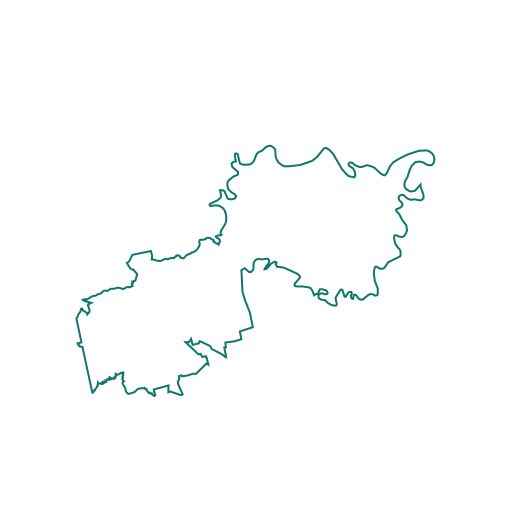 the district of Jáltipan, Veracruz, Mexico, rotated 249°
{"feature_id": "50627088B42259130127478", "entity_name": "Jáltipan", "entity_type": "district", "adm_level": 2, "iso_a3": "MEX", "parent_name": "Mexico", "parent_adm1": "Veracruz", "projection": "albers", "projection_center": [-94.718, 17.862], "detail": "fine", "context": "isolated", "style": "outline", "palette": "teal", "viewbox_px": 512, "rotation_deg": 249, "n_neighbors": 0, "source": "geoboundaries", "source_scale": "gbopen_adm2", "svg_char_len": 6071}
<svg xmlns="http://www.w3.org/2000/svg" viewBox="0 0 512 512"><g transform="rotate(249 256 256)"><path d="M301.4,141.0L297.4,136.8L296.3,135.1L295.7,132.9L289.4,134.2L287.7,135.5L287.5,136.5L281.6,138.6L276.2,134.5L276.5,132.9L276.2,132.1L275.3,131.6L275.8,131.2L274.6,131.1L274.5,130.0L272.2,130.0L272.1,126.9L272.5,125.8L273.0,125.6L273.2,124.0L272.7,120.4L275.9,115.9L276.4,111.5L277.5,108.3L276.6,105.0L278.0,102.3L278.0,101.2L276.6,97.2L277.0,94.6L276.4,92.1L277.1,88.9L276.1,82.7L277.2,79.7L277.1,78.6L275.6,79.6L271.3,85.5L271.1,82.3L270.4,82.2L270.4,81.4L264.8,81.2L263.5,80.4L261.9,77.6L263.6,77.7L267.5,74.7L269.2,74.9L269.5,73.9L267.0,72.1L264.8,68.8L262.7,67.2L261.9,65.9L237.9,62.1L238.5,57.2L237.8,58.5L236.8,58.8L235.9,58.4L234.5,59.2L233.7,61.3L234.0,61.5L187.0,54.2L186.8,54.7L187.6,55.7L188.2,55.5L188.2,57.2L188.8,57.2L190.1,59.8L191.3,60.8L191.2,61.4L194.3,62.9L193.3,63.0L192.7,65.8L193.1,67.0L192.7,66.7L192.0,67.3L191.7,66.6L191.5,67.0L192.5,69.0L192.0,69.4L192.8,70.2L192.4,71.1L193.8,71.0L193.4,72.0L194.3,72.9L194.2,73.6L193.2,74.4L195.4,75.9L194.3,76.7L193.2,75.4L192.7,77.0L193.3,77.8L193.0,78.7L192.7,79.2L191.4,79.3L192.1,79.5L192.4,80.6L193.5,80.4L193.6,81.9L194.5,82.0L194.9,83.1L195.6,82.5L196.3,82.8L194.8,84.0L194.8,86.6L195.4,87.7L194.5,89.5L195.0,90.2L194.7,90.5L193.2,89.0L192.4,89.4L190.8,87.9L190.0,88.2L188.7,86.9L186.7,87.7L187.0,86.4L186.4,87.2L185.4,86.0L184.4,85.8L179.6,86.6L176.2,86.0L173.3,87.1L172.8,88.1L172.5,93.8L174.2,97.9L173.6,102.1L172.4,104.1L172.8,104.6L171.6,105.2L170.8,106.3L169.8,105.7L167.7,106.4L166.8,107.5L166.6,107.1L166.1,107.4L166.1,108.5L165.9,108.0L165.1,109.4L164.9,109.0L164.2,109.2L161.6,111.0L162.1,112.0L168.0,112.7L166.5,127.9L160.2,125.3L160.1,127.6L153.0,136.0L153.1,137.9L164.5,137.4L166.9,138.1L168.1,140.0L171.4,141.1L171.3,143.7L170.3,143.8L169.5,146.8L168.8,150.7L168.8,154.4L167.5,157.8L173.3,171.0L171.6,172.5L178.3,173.5L178.8,173.0L180.5,173.3L181.0,169.6L184.4,169.3L184.8,167.0L200.8,159.4L199.6,162.6L201.9,165.7L195.8,165.0L194.9,171.2L196.7,173.0L188.5,180.8L184.8,181.5L176.6,188.9L172.1,191.6L172.1,191.9L181.9,193.6L181.5,195.1L186.2,196.4L184.1,205.1L183.5,212.5L191.4,213.9L190.7,227.5L205.5,230.0L219.0,229.9L227.6,230.6L248.0,237.3L248.7,241.0L243.5,243.8L242.8,245.6L244.4,248.7L250.9,251.6L252.5,254.5L252.5,256.7L250.6,260.7L249.7,265.0L248.8,266.3L247.5,266.7L246.4,266.5L244.6,265.1L241.3,259.7L240.5,259.2L240.3,261.4L243.7,267.9L243.9,271.8L242.5,272.8L241.3,271.5L238.5,271.7L235.1,277.9L224.8,288.0L222.7,289.3L220.7,289.6L219.7,288.7L216.4,282.5L215.2,281.6L214.1,281.5L212.8,283.5L210.9,288.5L207.7,294.1L206.5,295.4L204.2,296.1L198.4,296.2L199.0,298.1L198.4,300.0L202.0,303.5L201.4,305.7L199.1,308.8L197.5,309.7L195.8,309.7L195.1,308.6L195.4,306.9L197.2,304.8L197.8,303.3L197.7,301.6L197.2,300.3L194.3,299.4L192.0,301.1L189.9,304.7L186.6,306.1L183.2,308.9L181.6,311.4L181.1,312.7L181.4,313.7L182.7,314.4L187.2,314.9L188.8,315.6L194.2,322.8L194.0,324.0L192.9,324.6L186.8,324.1L185.9,324.5L185.9,325.4L188.5,328.5L188.8,329.7L188.7,331.5L188.3,332.1L186.6,332.0L184.9,330.4L183.7,330.0L182.2,330.0L181.5,330.6L181.2,331.2L184.4,333.2L184.6,334.2L183.9,335.2L178.7,336.9L177.3,339.0L177.2,340.3L179.3,346.7L179.5,349.2L178.4,351.3L176.3,353.0L176.0,354.9L176.4,355.8L181.8,358.0L190.0,358.0L196.2,359.4L200.1,361.0L202.8,362.9L203.2,364.1L202.9,364.8L199.8,367.1L199.2,368.1L198.7,370.3L199.2,372.2L202.8,377.1L204.0,390.2L204.7,391.2L208.6,392.6L211.3,392.4L213.2,391.4L218.3,390.4L223.3,391.3L225.5,392.6L225.2,394.2L222.3,397.2L221.3,399.6L221.6,401.6L223.4,404.1L225.9,406.2L230.7,407.3L237.9,405.3L243.4,404.8L247.3,403.3L248.6,403.2L249.3,403.8L249.4,408.2L250.7,410.8L252.8,411.4L257.3,409.6L259.4,410.1L260.7,411.4L260.9,414.2L260.1,415.4L255.3,418.0L252.9,420.8L252.1,424.4L249.1,429.1L249.0,431.0L250.0,433.2L253.0,434.2L262.2,434.6L263.7,435.1L260.0,428.1L260.3,425.4L261.1,423.0L262.0,422.1L264.9,420.0L266.7,419.6L268.4,419.7L270.5,420.6L272.5,422.1L275.6,425.8L281.4,430.5L284.3,433.5L286.2,437.6L286.4,439.4L285.3,443.1L283.2,445.8L279.8,448.4L277.9,452.0L278.4,454.0L280.1,456.0L282.7,457.3L285.3,457.8L287.7,457.5L289.9,456.5L292.4,454.6L293.4,453.1L295.8,445.9L296.4,435.5L296.2,430.3L295.2,422.4L294.1,417.2L291.7,413.2L286.0,407.2L285.2,405.3L285.6,404.2L288.1,402.1L295.5,398.4L297.3,397.0L301.0,392.3L301.2,386.3L302.3,384.2L305.5,380.7L307.8,379.8L309.5,378.0L309.6,376.9L308.8,375.3L306.8,375.2L303.1,378.0L299.0,378.5L295.3,377.5L294.3,375.6L297.5,371.0L300.6,369.5L306.7,367.3L323.3,364.7L328.4,362.8L331.7,360.2L332.2,358.3L327.0,349.2L325.9,346.7L324.7,342.2L325.1,329.9L327.7,319.7L329.4,315.0L330.8,313.3L335.2,310.5L338.3,309.9L341.8,310.0L348.9,312.1L351.9,310.7L353.9,308.7L354.3,305.6L354.0,303.8L351.9,298.8L352.2,296.5L351.8,294.8L350.7,292.9L345.2,287.8L343.9,284.7L343.8,282.4L345.8,276.7L348.2,274.1L357.7,275.4L358.7,274.6L359.0,273.6L358.6,272.8L357.3,272.2L351.4,271.1L352.0,268.6L351.0,266.2L347.6,265.8L340.8,269.4L338.8,268.4L338.2,267.7L338.3,263.8L336.8,258.7L335.6,256.3L332.4,254.6L328.7,254.0L324.9,255.5L321.5,258.1L319.1,259.0L317.3,257.2L317.5,253.9L318.9,250.9L320.1,250.1L327.7,249.8L329.2,248.7L330.3,246.0L325.0,245.1L322.9,243.5L321.8,240.1L321.1,231.5L320.3,230.9L319.3,231.1L318.8,232.0L317.7,236.8L315.8,240.0L312.5,242.3L310.3,243.0L306.7,243.0L302.6,242.1L298.6,240.2L297.0,238.8L292.0,232.3L290.0,231.1L288.2,231.5L288.0,230.6L288.8,228.0L288.7,225.4L287.9,225.4L285.0,227.7L283.9,227.8L282.8,227.7L280.0,225.2L281.5,224.5L281.8,223.4L283.2,222.8L284.5,221.5L285.2,222.1L286.4,222.0L286.7,221.2L289.2,219.5L290.4,217.3L290.5,216.3L289.7,214.9L290.2,213.4L290.0,212.5L291.1,210.0L291.0,209.1L289.9,208.2L287.2,207.7L285.5,206.6L282.8,202.7L282.0,199.1L282.4,197.5L281.6,195.6L282.1,193.8L281.7,193.3L281.5,190.8L280.2,188.6L279.9,187.0L281.7,184.8L282.9,185.0L284.6,183.5L284.9,181.9L284.4,181.6L284.3,180.2L283.4,178.7L284.6,176.5L284.6,172.2L285.9,170.7L285.5,165.2L286.8,162.3L289.6,158.8L290.1,157.4L293.7,159.2L298.3,159.6L301.4,141.0Z" fill="none" stroke="#0f766e" stroke-width="2"/></g></svg>